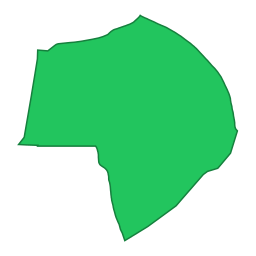 outline of Al Jubah, Ma'rib, Yemen
{"feature_id": "15242507B63276008506059", "entity_name": "Al Jubah", "entity_type": "district", "adm_level": 2, "iso_a3": "YEM", "parent_name": "Yemen", "parent_adm1": "Ma'rib", "projection": "mercator", "projection_center": [45.32, 15.139], "detail": "fine", "context": "isolated", "style": "filled", "palette": "green", "viewbox_px": 256, "rotation_deg": 0, "n_neighbors": 0, "source": "geoboundaries", "source_scale": "gbopen_adm2", "svg_char_len": 3037}
<svg xmlns="http://www.w3.org/2000/svg" viewBox="0 0 256 256"><path d="M18.6,144.5L26.5,144.9L37.9,145.3L37.6,146.1L95.6,146.1L96.3,147.1L96.9,148.3L97.3,149.5L97.6,150.8L98.0,152.1L98.2,153.4L98.4,154.7L98.4,155.2L98.4,156.0L98.4,157.3L98.5,158.7L98.6,160.0L98.7,161.3L98.9,162.6L99.4,163.7L100.1,164.8L101.1,165.6L102.1,166.3L103.3,167.1L104.4,167.8L104.8,168.1L105.4,168.7L106.4,169.7L107.1,170.7L107.7,172.0L108.1,173.3L108.3,174.7L108.6,176.0L108.7,177.5L108.7,178.8L108.8,180.0L109.2,181.2L109.6,182.5L109.9,184.0L110.1,185.2L110.3,186.6L110.4,187.9L110.5,189.2L110.6,190.5L110.8,192.0L110.9,193.4L111.0,194.8L111.2,196.1L111.3,197.4L111.6,198.9L111.7,200.3L112.1,201.8L112.4,203.1L112.8,204.5L113.1,205.9L113.3,207.3L113.6,208.6L113.7,209.0L113.9,209.8L114.3,211.0L114.6,212.2L115.0,213.6L115.3,214.9L115.7,216.1L116.1,217.4L116.6,218.6L117.1,219.8L117.6,221.0L118.1,222.2L118.2,222.4L118.6,223.3L119.1,224.2L120.5,229.5L121.0,230.5L121.6,231.8L122.1,232.6L124.8,240.6L144.9,228.3L147.8,226.5L176.1,205.8L181.7,199.3L203.3,174.5L207.5,171.4L217.7,168.3L218.2,167.8L222.1,163.2L226.2,158.3L230.5,153.2L234.2,141.2L237.4,130.9L237.0,130.4L236.0,129.4L235.4,128.2L235.0,127.0L234.8,125.7L234.7,124.3L234.7,122.8L234.5,121.4L234.3,119.9L234.0,118.6L233.8,117.3L233.5,116.0L233.4,114.8L233.2,113.5L233.0,112.2L232.6,110.8L232.2,109.2L232.0,107.9L231.9,106.7L231.6,105.4L231.2,103.9L230.9,102.7L230.7,101.4L230.5,100.1L230.4,98.7L230.1,97.5L229.7,96.1L229.2,94.6L228.7,93.2L228.1,91.9L227.6,90.7L227.1,89.5L226.5,88.3L225.9,87.0L225.2,85.7L224.6,84.3L224.0,82.9L223.3,81.5L222.6,80.1L221.8,78.5L221.2,77.2L220.4,76.0L219.5,74.7L218.8,73.7L217.8,72.2L216.7,70.8L215.6,69.5L214.7,68.4L213.8,67.5L212.9,66.6L212.0,65.7L211.2,64.8L210.3,63.7L209.2,62.5L208.1,61.2L207.5,60.5L206.9,59.9L205.7,58.7L204.9,57.8L203.9,56.7L203.1,55.8L202.2,54.9L201.3,53.9L200.4,53.0L199.5,52.0L198.5,50.9L197.3,49.6L196.3,48.5L195.1,47.5L194.0,46.4L192.7,45.4L191.7,44.5L190.9,43.8L190.6,43.5L189.5,42.7L188.5,42.0L187.0,40.9L185.8,40.0L184.7,39.2L183.6,38.3L182.5,37.5L181.1,36.4L180.0,35.7L178.9,35.0L177.8,34.3L176.5,33.4L175.4,32.7L174.3,32.0L172.8,31.2L171.3,30.3L170.2,29.7L169.0,29.0L167.8,28.3L166.6,27.6L165.3,27.0L163.9,26.4L162.7,25.9L161.2,25.3L159.9,24.7L158.4,24.1L157.2,23.5L155.9,22.9L154.8,22.3L153.3,21.6L152.1,21.1L151.0,20.6L149.4,19.9L148.1,19.3L147.0,18.7L145.7,18.2L144.5,17.7L143.3,17.1L142.2,16.6L140.9,15.9L140.2,15.4L139.6,16.4L138.7,17.4L137.7,18.4L136.8,19.2L135.8,20.1L134.8,21.0L133.9,21.9L132.9,22.6L131.5,23.3L130.4,23.9L129.2,24.4L128.0,24.8L126.7,25.3L125.5,25.8L124.1,26.2L122.8,26.7L121.5,27.1L120.2,27.6L118.9,28.0L117.7,28.5L116.5,28.9L115.3,29.2L113.9,29.7L112.8,30.3L112.0,30.9L111.4,31.2L110.4,32.1L109.4,33.0L108.5,33.9L108.0,34.4L106.6,35.1L103.0,36.6L98.5,38.0L92.3,39.3L81.2,41.3L74.6,42.2L69.6,42.6L61.9,43.4L58.1,43.8L56.3,44.4L54.6,45.6L47.8,50.9L39.2,50.2L37.7,50.1L37.4,59.0L35.1,73.2L31.6,94.2L31.4,95.6L28.4,113.0L26.0,126.8L24.2,137.3L18.6,144.5Z" fill="#22c55e" stroke="#15803d" stroke-width="1.5"/></svg>